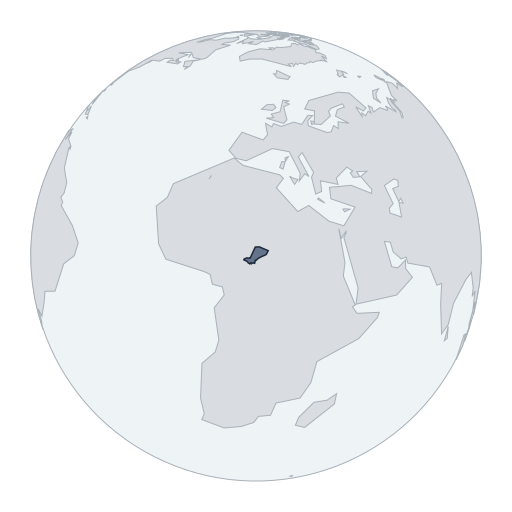 Diffa on an orthographic globe, rotated 24°
{"feature_id": "NER-796", "entity_name": "Diffa", "entity_type": "Department", "adm_level": 1, "iso_a3": "NER", "parent_name": "Niger", "parent_adm1": "", "projection": "orthographic", "projection_center": [13.155, 15.532], "detail": "fine", "context": "on_globe", "style": "filled", "palette": "slate", "viewbox_px": 512, "rotation_deg": 24, "n_neighbors": 0, "source": "natural_earth", "source_scale": "10m", "svg_char_len": 10347}
<svg xmlns="http://www.w3.org/2000/svg" viewBox="0 0 512 512"><g transform="rotate(24 256 256)"><circle cx="256" cy="256" r="225" fill="#eef3f6" stroke="#a8b0b8"/><path d="M209.1,35.7L208.9,35.7L182.6,43.3L185.9,42.4L178.1,45.7L179.1,46.1L173.9,48.1L179.2,46.8L183.7,45.0L187.6,44.0L188.6,44.3L182.1,46.6L180.7,46.8L179.3,47.7L175.7,48.8L178.1,48.4L170.2,51.6L179.4,49.1L174.3,52.1L168.7,54.2L167.5,53.1L151.4,57.6L145.4,60.5L138.0,65.1L127.8,74.6L121.9,78.7L115.1,84.8L119.1,82.5L125.9,77.1L131.8,75.1L139.4,69.4L142.9,68.0L151.4,63.2L151.9,65.0L147.9,69.7L140.8,74.1L138.9,76.6L147.0,73.7L135.4,84.0L130.3,95.0L127.1,98.0L118.1,100.3L114.3,96.2L102.6,101.8L112.0,99.7L103.8,108.2L103.2,110.5L104.8,111.3L108.6,108.8L106.2,112.4L96.0,115.2L98.0,111.9L101.2,110.9L99.4,109.3L92.4,112.5L88.8,117.2L82.2,119.0L79.5,122.6L76.6,125.5L81.3,119.4L72.7,130.8L64.4,138.8L52.6,160.2L62.2,141.4L64.2,137.8L73.4,124.0L83.6,111.0L94.7,98.7L106.7,87.3L119.5,76.8L133.0,67.2L147.2,58.7L162.0,51.3L177.3,44.9L193.0,39.7L209.1,35.7ZM34.1,217.0L33.3,223.4L35.0,216.3L36.9,214.5L34.4,227.1L37.4,217.4L37.1,225.2L42.2,230.9L41.1,233.3L45.1,253.6L53.3,266.0L55.1,276.7L53.8,281.7L57.5,285.4L57.6,289.2L76.0,303.0L88.3,316.5L89.9,329.6L83.5,341.4L86.7,369.9L77.6,374.0L81.4,385.0L84.9,398.1L78.6,392.9L86.8,402.9L88.5,406.0L86.1,403.9L91.2,409.6L80.8,397.6L71.3,385.0L62.8,371.9L55.2,358.1L48.5,343.8L45.4,336.0L41.9,326.2L41.4,324.7L37.0,308.8L33.7,292.6L31.6,276.3L30.8,259.8L31.1,243.3L31.2,241.1L33.2,223.2L33.6,220.1L34.1,217.0ZM49.0,167.1L44.9,183.4L44.1,181.4L44.9,180.1L46.6,174.3L48.9,167.7L48.9,167.4L49.0,167.1ZM54.6,158.0L55.0,156.2L55.0,157.1L54.6,158.0ZM150.5,62.6L150.9,62.9L149.1,63.6L150.5,62.6ZM153.8,60.4L151.4,61.0L152.6,60.1L154.1,59.7L153.8,60.4ZM156.4,59.9L155.1,58.4L157.3,56.8L164.6,54.2L156.4,59.9ZM184.7,44.4L179.9,46.3L183.0,44.5L184.7,44.4ZM185.8,43.6L189.7,40.9L197.3,38.7L194.4,39.8L203.5,37.2L205.3,37.3L200.7,38.8L195.4,40.1L200.1,39.3L185.8,43.6ZM189.3,43.5L189.5,43.0L196.0,40.9L197.0,41.7L194.6,42.1L189.3,43.5ZM205.0,36.6L210.1,35.5L212.9,35.3L215.2,34.9L206.0,37.2L205.0,36.6ZM193.6,42.7L197.3,42.2L195.1,43.5L189.7,44.0L193.6,42.7ZM197.3,40.2L200.5,39.3L199.1,40.0L197.3,40.2ZM189.5,48.8L189.5,47.7L192.9,46.5L189.5,48.8ZM198.9,42.0L199.6,41.5L200.9,41.1L202.9,41.1L198.9,42.0ZM208.6,37.0L208.7,37.3L212.5,36.1L214.8,36.2L208.2,37.8L212.0,37.2L212.7,37.2L206.5,38.6L208.6,37.0ZM208.9,39.8L201.3,42.6L200.6,44.5L197.5,45.6L199.2,42.3L208.9,39.8ZM208.1,38.9L207.9,39.6L204.2,40.3L202.0,40.3L208.1,38.9ZM218.7,35.8L217.0,35.2L218.5,34.9L218.7,35.8ZM209.5,40.2L211.3,39.6L209.8,40.2L209.5,40.2ZM216.7,36.9L215.9,36.6L217.6,36.2L216.7,36.9ZM215.6,38.7L213.2,39.5L211.6,39.4L215.6,38.7ZM216.7,37.7L219.3,37.4L212.5,38.9L216.1,37.6L216.7,37.7ZM218.5,36.6L219.2,36.3L218.6,36.8L218.5,36.6ZM223.0,39.0L214.8,41.0L211.3,40.6L219.8,38.6L223.0,39.0ZM464.9,171.6L464.4,170.4L467.8,179.9L471.5,190.5L478.3,219.4L478.6,221.5L477.8,216.6L474.8,208.8L477.8,225.2L480.2,235.3L481.0,245.7L481.2,249.4L480.9,247.4L479.5,234.8L478.4,231.6L476.2,217.5L470.3,198.8L469.9,205.1L467.5,197.0L459.4,183.3L457.3,192.1L455.7,219.0L459.5,240.4L457.2,251.7L444.3,224.9L436.7,205.5L433.2,209.1L419.0,195.4L397.6,200.7L393.6,196.0L389.8,199.6L379.6,196.4L373.1,188.7L367.4,190.5L384.5,210.7L390.5,208.9L394.2,198.9L397.9,206.7L407.6,211.9L400.3,234.5L367.0,259.3L362.2,243.6L328.8,203.4L328.9,198.4L328.7,197.9L328.2,196.9L326.8,205.2L320.5,197.4L340.0,225.9L343.9,238.8L366.6,260.4L364.8,263.2L371.6,267.3L391.5,257.3L392.0,262.7L383.5,289.6L354.6,327.7L357.6,349.2L354.0,367.9L334.1,382.2L334.0,395.6L323.5,401.5L321.6,409.0L312.1,417.6L296.9,426.0L273.0,427.5L272.9,421.1L263.2,408.5L250.3,376.0L257.8,360.3L256.3,348.0L238.9,320.3L242.8,304.5L237.8,297.9L227.6,299.5L221.6,291.5L215.3,291.3L175.0,295.6L162.0,284.4L144.5,250.9L151.2,238.5L151.1,223.5L196.2,175.4L207.3,178.5L244.6,172.2L249.5,173.9L246.8,185.4L276.1,198.4L283.6,188.4L308.5,194.5L324.0,192.7L326.6,171.0L301.2,173.3L295.2,163.4L314.2,152.7L336.2,151.8L334.6,148.0L319.3,140.8L322.9,133.4L313.8,137.9L318.6,141.4L313.0,144.6L308.3,141.7L309.8,138.9L302.8,137.9L297.6,152.1L301.8,157.2L284.3,161.1L289.7,170.3L285.4,175.1L274.7,161.5L274.7,156.3L256.0,142.7L254.4,148.3L272.0,161.9L267.1,161.0L265.1,169.9L262.8,162.5L244.0,147.2L227.3,151.2L208.3,173.0L198.0,174.9L188.3,170.5L192.9,148.6L215.3,147.1L217.2,140.4L210.7,130.9L218.0,131.6L218.1,127.9L226.4,127.3L236.1,118.3L244.3,117.2L246.2,106.4L250.6,104.6L248.2,111.3L250.9,115.8L270.8,114.3L274.2,111.9L273.8,105.3L279.3,106.1L276.4,100.0L287.0,96.9L271.7,95.9L270.8,89.2L276.1,83.9L273.1,81.8L264.4,90.6L263.5,94.4L267.0,97.8L262.0,109.4L255.5,111.7L250.4,99.6L240.7,101.9L241.0,92.5L264.2,73.0L274.8,69.3L296.4,76.0L295.1,79.9L286.6,79.2L296.2,85.5L294.5,82.2L299.1,83.3L299.5,78.1L302.8,78.6L297.5,73.0L301.6,73.1L304.8,76.7L308.8,70.1L316.8,69.6L316.1,68.0L313.1,66.3L325.2,67.4L324.1,66.2L319.8,65.3L314.9,62.4L311.0,58.0L315.4,58.6L317.4,60.3L328.2,65.1L332.8,70.0L334.2,69.9L331.2,65.8L318.0,59.8L314.4,57.1L321.0,59.4L318.3,58.3L317.9,57.2L321.6,56.8L314.5,54.3L304.0,43.7L310.1,42.7L317.1,45.4L314.3,40.9L321.4,41.7L317.4,40.6L313.3,38.7L311.1,38.4L308.8,37.8L298.5,34.8L314.1,38.4L329.5,43.0L344.5,48.8L359.0,55.6L373.0,63.5L386.4,72.3L399.1,82.0L411.1,92.7L422.4,104.1L432.8,116.3L442.3,129.3L450.8,142.8L458.4,157.0L464.9,171.6ZM182.6,200.4L181.8,204.8L182.6,200.4ZM361.0,162.3L373.2,161.2L364.9,149.0L368.9,147.8L364.7,144.4L364.3,148.2L353.5,138.9L357.7,134.4L354.8,129.3L350.6,129.5L344.6,139.4L360.0,152.4L358.4,158.1L361.0,162.3ZM42.4,231.0L42.7,234.2L41.7,233.2L42.4,231.0ZM42.4,185.9L42.2,187.4L41.6,190.0L41.4,189.6L42.4,185.9ZM45.5,196.7L46.1,199.3L44.7,198.8L45.5,196.7ZM44.6,185.7L44.9,195.2L42.2,195.8L42.4,190.1L43.2,191.0L44.6,185.7ZM51.2,164.2L50.8,165.9L49.8,167.8L51.2,164.2ZM54.5,158.7L54.4,158.6L55.4,156.4L54.5,158.7ZM104.4,108.0L105.2,107.9L105.9,109.3L104.0,110.1L104.4,108.0ZM118.7,109.0L114.5,114.8L116.2,110.9L112.7,112.6L111.9,107.1L125.4,99.2L119.4,103.5L118.7,109.0ZM114.6,98.3L113.6,102.2L114.2,98.3L114.6,98.3ZM210.4,110.2L213.9,112.3L211.6,116.5L201.3,119.7L204.4,113.4L210.4,110.2ZM219.3,114.5L217.1,102.7L223.4,100.8L220.2,103.7L224.6,103.7L220.7,108.5L228.9,119.0L227.4,123.6L209.2,125.9L215.9,122.4L212.2,120.2L219.3,114.5ZM200.3,81.6L199.4,78.1L214.2,78.4L213.3,81.7L203.0,84.6L198.0,82.4L200.3,81.6ZM169.6,56.2L168.3,56.0L170.1,55.2L172.7,54.7L169.6,56.2ZM189.2,48.4L177.1,56.8L175.0,56.8L170.5,62.5L163.2,65.0L166.4,61.0L157.4,67.6L157.3,65.1L151.8,69.7L159.7,60.7L159.3,59.2L162.5,59.8L169.2,57.5L172.0,56.0L179.6,51.1L182.1,47.4L189.1,45.0L193.5,44.4L193.9,44.9L189.2,46.1L193.3,46.0L186.8,48.2L189.2,48.4ZM240.1,47.0L234.4,46.7L241.4,49.7L235.0,50.7L236.2,51.0L232.2,53.0L229.4,56.1L226.2,56.3L226.5,57.5L223.9,59.0L223.2,60.8L217.3,62.0L216.0,64.4L214.0,63.6L213.3,67.6L211.1,65.2L207.5,67.5L211.5,68.6L181.3,73.6L170.3,78.6L162.3,84.4L159.7,80.5L165.5,73.0L175.5,65.0L186.5,61.2L183.3,60.5L187.6,58.6L188.3,59.9L189.8,56.8L193.5,55.7L202.5,50.6L202.3,47.4L205.6,45.8L207.5,46.5L209.4,44.4L215.3,44.8L217.8,43.8L226.1,43.4L228.4,45.9L231.0,44.6L237.4,44.7L240.1,47.0ZM225.3,39.0L229.5,41.0L228.1,42.7L214.3,42.7L211.2,43.6L202.3,44.3L204.6,41.9L206.9,41.8L209.7,41.3L207.9,42.2L211.4,41.1L214.8,41.1L218.4,40.3L218.8,41.1L225.3,39.0ZM254.2,169.4L257.8,169.8L263.3,169.0L262.1,174.9L254.2,169.4ZM241.2,159.1L244.3,158.3L245.4,165.6L241.6,165.5L241.2,159.1ZM245.2,152.0L244.4,157.7L242.6,154.5L245.2,152.0ZM251.0,110.4L254.3,109.5L255.0,111.0L253.6,113.4L251.0,110.4ZM259.6,58.4L256.5,57.4L257.3,56.7L254.1,53.3L258.6,52.6L262.3,54.4L259.6,58.4ZM322.8,175.0L318.9,179.6L316.3,177.8L318.2,176.6L322.8,175.0ZM289.5,177.5L297.5,179.6L289.1,179.1L289.5,177.5ZM263.9,57.1L262.1,55.7L265.5,56.2L263.9,57.1ZM261.7,52.0L265.6,52.3L258.8,52.2L261.7,52.0ZM379.1,441.3L378.3,442.7L376.0,443.7L379.1,441.3ZM387.8,359.3L370.1,392.9L360.8,394.6L360.7,385.9L368.4,366.1L379.6,358.8L385.6,349.0L387.8,359.3ZM480.9,269.7L480.9,268.4L478.1,243.5L479.2,242.1L481.3,253.8L480.9,269.7ZM460.3,242.2L464.2,253.5L462.5,256.7L460.3,242.2ZM468.1,180.0L467.6,178.6L467.4,178.3L468.1,180.0ZM299.9,53.4L299.3,58.5L301.9,62.7L308.0,65.4L299.1,64.2L295.2,57.7L299.9,53.4ZM303.0,44.6L297.6,42.9L300.1,42.7L301.6,43.0L303.0,44.6ZM299.7,44.2L293.0,44.1L290.0,42.6L295.9,42.9L299.7,44.2ZM278.6,49.4L278.1,50.9L275.4,50.3L278.6,49.4ZM307.7,37.7L304.7,37.0L305.5,36.9L307.7,37.7ZM297.0,35.1L298.2,35.7L295.1,34.8L297.0,35.1ZM301.2,37.2L297.8,35.8L303.6,37.5L301.2,37.2Z" fill="#d9dde1" stroke="#a8b0b8" stroke-width="1"/><path d="M257.7,263.2L256.8,263.1L256.7,263.2L256.6,263.3L256.4,263.4L256.4,263.5L256.3,263.8L256.2,263.8L255.9,263.8L255.7,263.9L255.2,264.0L254.9,264.1L254.8,264.3L254.7,264.4L254.7,264.5L254.6,264.4L254.5,264.5L254.4,264.6L254.2,264.7L254.2,264.8L254.0,264.7L254.0,264.8L253.9,264.9L253.7,265.0L253.7,265.3L253.5,265.6L253.4,265.7L253.2,265.6L252.9,265.6L252.7,265.6L252.3,265.5L252.2,265.5L251.8,265.5L251.7,265.4L251.0,265.0L250.6,264.8L249.4,264.5L247.6,264.5L246.9,264.4L246.5,264.4L246.4,264.4L246.3,264.0L246.3,263.9L247.0,263.1L247.1,262.9L247.1,262.7L248.6,261.3L248.8,261.3L249.0,261.4L249.8,261.2L250.7,260.5L250.8,260.5L251.1,260.5L251.3,260.5L251.5,260.3L251.4,260.2L251.2,260.0L251.2,259.9L251.3,259.8L251.4,259.7L251.5,259.6L251.7,248.3L251.7,248.2L251.8,248.2L252.6,247.6L255.4,246.3L265.0,246.2L265.0,246.3L265.0,246.5L265.0,246.8L265.0,247.0L264.9,247.4L264.9,247.5L264.9,247.9L264.9,248.1L264.9,248.3L264.9,248.6L264.8,248.8L264.8,249.0L264.8,249.3L264.8,249.5L264.8,249.9L264.7,250.1L264.7,250.4L264.7,250.5L264.5,250.8L264.3,251.0L264.1,251.3L263.9,251.5L263.7,251.7L263.5,252.0L263.3,252.2L263.1,252.4L262.8,252.7L262.6,252.9L262.4,253.1L262.2,253.4L262.0,253.6L261.8,253.8L261.6,254.0L261.4,254.3L261.2,254.5L260.8,254.9L260.6,255.1L260.5,255.3L260.4,255.4L260.3,255.6L260.2,255.8L259.9,256.1L259.7,256.4L259.6,256.6L259.4,256.9L259.3,257.1L259.1,257.2L259.0,257.4L258.9,257.5L258.7,257.9L258.6,258.0L258.4,258.5L258.3,258.8L258.3,259.0L258.2,259.2L258.1,259.3L257.9,259.5L257.9,259.8L257.8,260.0L257.7,260.0L257.3,260.1L257.2,260.1L257.1,260.3L257.1,260.5L257.2,260.8L257.2,261.0L257.3,261.2L257.3,261.3L257.4,261.6L257.4,261.8L257.5,261.9L257.5,262.1L257.5,262.3L257.6,262.6L257.6,262.8L257.7,263.1L257.7,263.2Z" fill="#64748b" stroke="#1e293b" stroke-width="1.5"/></g></svg>